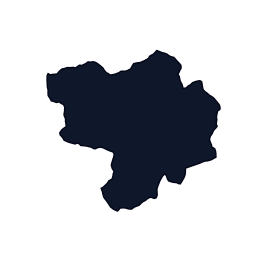 Itajobi, São Paulo, Brazil (Natural Earth projection), rotated 17°
{"feature_id": "56859067B98443143208394", "entity_name": "Itajobi", "entity_type": "district", "adm_level": 2, "iso_a3": "BRA", "parent_name": "Brazil", "parent_adm1": "São Paulo", "projection": "natural_earth1", "projection_center": [-49.057, -21.367], "detail": "fine", "context": "isolated", "style": "filled", "palette": "ink", "viewbox_px": 256, "rotation_deg": 17, "n_neighbors": 0, "source": "geoboundaries", "source_scale": "gbopen_adm2", "svg_char_len": 2729}
<svg xmlns="http://www.w3.org/2000/svg" viewBox="0 0 256 256"><g transform="rotate(17 128 128)"><path d="M170.7,187.4L173.6,187.7L175.3,186.5L175.5,183.7L173.6,178.4L173.4,176.3L173.8,169.8L174.3,167.2L175.1,163.8L176.8,160.8L178.8,162.6L180.9,165.5L182.4,166.7L185.2,166.8L188.3,166.5L190.5,165.9L192.1,166.4L194.3,166.1L195.2,162.8L196.0,159.3L196.2,156.6L196.0,154.5L194.7,149.5L196.1,148.5L204.7,142.2L206.7,140.8L209.0,138.7L211.6,136.9L213.7,136.1L216.8,134.1L218.9,131.9L220.6,130.2L219.5,126.9L218.5,124.6L216.9,122.5L213.8,121.7L212.6,119.6L211.0,117.7L209.4,115.6L209.0,112.3L210.1,108.7L210.5,105.1L211.9,102.5L212.7,100.3L211.2,98.5L210.8,96.5L210.5,94.1L209.4,92.0L209.0,89.7L208.7,85.3L210.4,83.4L210.0,81.4L208.5,79.2L206.1,77.5L203.5,75.8L201.7,74.6L200.1,73.9L198.5,73.4L196.5,73.0L193.8,71.7L191.2,70.9L188.6,69.4L187.3,67.2L185.8,64.0L184.7,62.1L182.9,61.8L181.4,62.5L179.7,63.4L177.8,64.8L176.4,65.9L175.3,68.2L173.3,70.2L172.0,72.7L169.1,74.1L167.9,72.1L166.6,70.2L164.5,68.3L163.2,66.2L161.7,63.5L160.1,62.4L160.6,58.3L161.2,55.1L160.3,52.7L158.0,51.1L155.5,49.8L152.9,48.1L151.1,47.1L148.0,47.3L145.4,46.7L143.7,46.0L141.4,45.8L139.1,46.0L136.2,45.8L132.9,45.5L130.8,49.9L129.0,51.6L127.7,53.1L127.2,55.6L123.7,59.2L120.6,61.8L117.0,63.4L114.6,64.9L114.0,67.1L113.3,70.7L110.6,73.3L108.6,74.7L107.1,75.0L104.8,75.8L103.0,77.9L99.8,80.4L97.4,81.7L95.7,82.6L93.2,81.8L91.0,81.4L88.3,79.7L86.8,78.2L83.8,76.8L80.7,75.6L78.0,74.8L75.5,74.8L72.9,76.0L70.5,76.5L68.8,78.8L67.1,80.3L65.8,81.6L63.2,82.2L61.5,84.3L60.4,85.9L58.5,86.0L56.9,86.4L55.3,87.2L52.2,88.0L49.9,89.7L47.8,90.8L46.4,92.7L45.4,94.6L44.5,97.0L42.7,97.9L40.1,98.8L38.5,99.9L35.7,99.4L35.4,101.5L36.5,105.6L39.1,112.7L40.5,114.9L41.2,117.5L42.2,120.3L45.1,122.7L46.6,124.4L49.2,124.3L52.0,124.5L54.4,123.2L57.5,124.1L59.6,124.4L61.5,126.7L62.5,130.7L62.9,133.9L64.0,135.6L65.5,137.2L66.4,140.1L67.9,143.0L68.5,144.9L66.8,146.9L65.3,149.0L64.2,152.6L65.2,154.4L68.4,156.3L70.5,158.3L74.2,158.8L76.0,158.9L82.0,158.7L84.0,157.1L86.2,157.4L87.8,158.5L92.9,157.4L96.2,157.2L98.6,157.0L101.1,157.7L102.8,157.4L104.9,155.5L107.6,154.2L110.6,154.2L113.3,154.7L115.6,155.0L118.4,155.2L120.5,155.2L122.2,156.6L122.8,158.6L122.8,161.2L122.8,163.9L122.8,167.4L123.3,169.1L124.9,171.4L127.5,173.6L127.3,176.1L127.7,178.2L127.7,181.5L125.2,184.1L124.4,187.0L123.3,188.9L121.6,191.9L120.0,193.5L122.0,196.1L123.4,198.5L125.0,201.1L126.6,202.4L129.2,204.2L132.0,206.5L134.5,208.6L137.3,209.7L139.2,210.1L142.1,210.5L143.1,208.9L143.5,207.0L147.0,205.6L148.9,205.2L152.2,205.2L155.1,204.5L157.0,201.9L159.3,200.0L161.3,198.5L162.2,196.5L164.0,193.8L165.7,192.3L166.8,190.5L168.9,188.1L170.7,187.4Z" fill="#0f172a" stroke="#020617" stroke-width="1.5"/></g></svg>